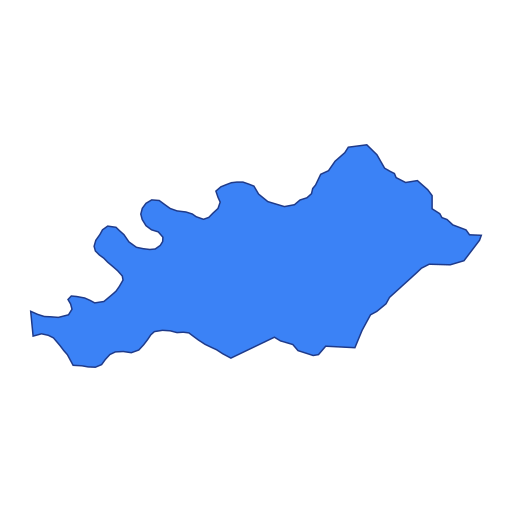 Dezesseis de Novembro, Rio Grande do Sul, Brazil, rotated 270°
{"feature_id": "56859067B97658409243233", "entity_name": "Dezesseis de Novembro", "entity_type": "district", "adm_level": 2, "iso_a3": "BRA", "parent_name": "Brazil", "parent_adm1": "Rio Grande do Sul", "projection": "equal_earth", "projection_center": [-55.077, -28.199], "detail": "fine", "context": "isolated", "style": "filled", "palette": "blue", "viewbox_px": 512, "rotation_deg": 270, "n_neighbors": 0, "source": "geoboundaries", "source_scale": "gbopen_adm2", "svg_char_len": 2050}
<svg xmlns="http://www.w3.org/2000/svg" viewBox="0 0 512 512"><g transform="rotate(270 256 256)"><path d="M320.9,215.9L314.7,218.0L309.9,220.2L303.5,218.0L298.7,212.8L294.6,208.8L292.7,203.5L295.3,196.1L298.0,192.3L300.0,186.0L301.1,177.0L303.5,170.2L306.8,165.6L311.5,159.2L312.1,151.7L308.7,146.0L303.7,142.3L297.9,140.8L292.5,142.2L286.3,146.0L282.2,151.5L280.1,158.3L274.8,162.9L270.5,162.7L266.6,160.3L263.0,155.2L262.5,149.8L263.3,143.2L264.7,136.4L270.1,128.9L277.4,123.9L281.3,119.5L284.7,116.0L285.9,107.7L282.2,102.5L277.6,100.0L271.7,95.8L265.7,94.1L261.0,95.4L257.0,99.4L253.9,103.7L249.8,107.7L245.0,113.4L241.2,117.7L236.0,122.3L231.9,123.0L225.5,119.3L220.8,116.0L216.6,111.2L210.5,103.9L209.1,94.7L211.6,90.1L214.0,84.7L215.5,76.6L216.0,71.3L212.5,68.0L208.0,70.6L202.8,72.0L197.2,68.5L194.6,58.4L195.2,50.6L195.5,44.3L197.6,37.7L200.7,30.7L175.9,33.1L178.2,41.5L176.7,48.3L174.1,53.5L166.3,60.1L161.4,63.8L157.3,67.4L146.7,73.1L146.2,82.0L145.1,88.1L144.8,95.4L147.4,101.6L152.5,105.3L157.5,109.9L160.1,115.4L160.5,123.3L159.3,131.3L162.0,138.8L167.3,143.7L172.4,147.6L177.2,150.8L180.4,154.4L181.7,162.5L181.2,170.2L179.4,177.0L179.8,183.3L179.1,188.9L175.7,193.4L172.0,198.4L167.7,205.0L164.4,211.9L162.3,216.5L158.2,222.8L153.9,230.9L174.8,274.4L171.1,280.5L167.5,292.8L161.4,298.0L156.5,313.2L157.4,318.5L165.8,325.7L164.3,354.9L172.3,358.2L181.7,362.1L197.2,370.5L200.6,376.8L208.2,386.0L214.6,389.5L239.4,416.8L243.8,421.4L247.8,429.2L247.2,450.2L251.3,464.0L271.7,479.5L276.7,481.3L277.2,469.5L282.1,466.0L287.1,452.8L292.5,447.0L294.4,441.9L298.3,439.8L303.2,432.1L316.4,432.1L322.3,427.7L331.4,417.4L329.5,405.6L334.4,396.1L338.5,394.4L340.7,390.0L343.8,384.6L357.3,376.9L360.8,373.3L367.2,366.8L364.8,348.3L359.3,344.8L350.8,335.1L341.3,328.5L337.7,320.7L327.0,315.6L323.5,312.7L318.3,311.5L314.2,306.9L312.0,300.0L307.3,294.5L305.4,284.4L310.4,267.8L317.9,258.6L325.9,253.9L328.0,248.5L329.9,243.0L329.9,236.7L329.3,231.4L327.3,226.1L325.2,220.9L320.9,215.9Z" fill="#3b82f6" stroke="#1e3a8a" stroke-width="1.5"/></g></svg>